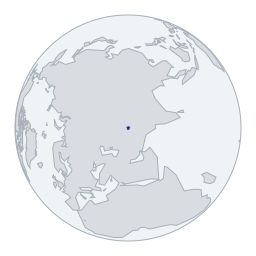 Parwan on an orthographic globe, rotated 277°
{"feature_id": "AFG-1772", "entity_name": "Parwan", "entity_type": "Province", "adm_level": 1, "iso_a3": "AFG", "parent_name": "Afghanistan", "parent_adm1": "", "projection": "orthographic", "projection_center": [68.914, 35.004], "detail": "fine", "context": "on_globe", "style": "filled", "palette": "blue", "viewbox_px": 256, "rotation_deg": 277, "n_neighbors": 0, "source": "natural_earth", "source_scale": "10m", "svg_char_len": 10948}
<svg xmlns="http://www.w3.org/2000/svg" viewBox="0 0 256 256"><g transform="rotate(277 128 128)"><circle cx="128" cy="128" r="113" fill="#eef3f6" stroke="#a8b0b8"/><path d="M149.3,17.4L151.2,18.2L160.2,22.0L165.6,23.6L162.4,23.1L174.3,27.0L180.8,30.7L171.9,26.3L169.8,25.8L173.4,28.0L172.0,28.0L173.0,29.1L171.0,29.0L166.0,26.8L164.6,26.7L167.2,28.3L166.9,29.4L163.2,27.0L162.3,28.8L153.7,26.1L145.4,20.9L139.0,20.4L126.3,18.0L125.9,18.6L120.8,18.4L118.5,19.2L116.8,18.8L116.3,19.7L118.3,20.0L118.8,20.5L117.6,21.1L115.2,20.6L115.5,20.2L114.2,20.4L113.5,20.0L113.1,20.5L110.4,20.0L111.3,21.3L107.6,21.7L106.3,21.2L108.8,20.1L112.1,17.3L111.6,17.0L108.3,17.3L97.0,19.9L95.4,20.2L91.5,21.5L91.2,21.6L94.2,20.8L92.8,21.7L96.6,20.9L96.6,21.2L99.5,21.1L96.5,22.4L91.9,23.8L89.3,24.1L87.2,24.9L87.6,25.8L80.7,27.8L72.6,32.1L71.1,32.6L72.0,31.1L77.3,27.7L78.3,26.9L85.7,23.6L93.3,20.8L101.1,18.6L109.0,17.0L117.0,15.9L125.1,15.4L133.2,15.5L141.3,16.1L149.3,17.4ZM77.9,27.1L75.1,28.8L71.4,30.7L69.7,31.7L68.3,32.6L68.7,32.5L66.9,33.6L68.8,32.2L70.8,31.0L70.4,31.2L71.8,30.4L77.9,27.1ZM152.8,18.1L153.1,18.2L151.3,17.8L151.5,17.8L152.8,18.1ZM169.8,25.0L167.7,24.0L170.2,25.1L169.8,25.0ZM173.5,29.3L174.5,29.7L174.6,30.1L173.5,29.3ZM101.0,20.5L100.3,20.8L100.1,20.6L101.0,20.5ZM103.0,20.2L103.3,19.8L104.3,19.6L104.1,19.8L103.0,20.2ZM171.6,30.4L171.4,31.2L170.7,30.0L171.6,30.4ZM102.3,20.7L106.0,19.3L107.7,19.1L108.3,19.9L102.3,20.7ZM170.7,31.4L170.2,33.7L172.4,34.6L165.7,33.5L168.4,31.8L167.2,30.1L169.1,31.2L170.7,31.4ZM119.5,19.8L117.3,19.6L120.2,19.3L119.5,19.8ZM121.2,19.6L129.6,18.5L132.2,19.3L128.9,19.4L133.2,20.2L130.3,21.1L127.3,20.9L126.2,20.1L126.0,21.1L121.2,19.6ZM162.1,32.8L161.2,33.1L161.2,32.3L162.1,32.8ZM119.2,20.7L120.7,20.4L123.0,21.0L120.5,21.9L120.6,21.4L119.2,20.7ZM135.7,20.1L137.0,20.9L135.0,21.8L135.3,22.2L130.5,21.2L135.7,20.1ZM119.4,21.5L119.2,22.3L117.0,22.6L117.9,21.2L119.4,21.5ZM124.7,20.8L125.7,21.2L124.3,21.3L124.7,20.8ZM109.0,24.2L110.7,23.5L112.1,23.8L109.0,24.2ZM119.3,22.6L120.1,22.6L120.8,22.6L120.2,23.2L119.3,22.6ZM129.4,22.0L128.4,22.3L131.3,22.4L130.0,23.2L127.0,22.5L127.7,23.2L127.3,23.4L125.4,22.6L129.4,22.0ZM121.8,24.1L117.6,23.7L114.1,24.8L112.8,24.5L118.6,22.9L121.8,24.1ZM124.1,23.3L122.4,23.7L121.6,23.1L122.3,22.4L124.1,23.3ZM130.1,24.1L133.0,23.0L133.5,23.3L130.1,24.1ZM121.0,24.5L122.0,24.6L120.8,24.7L121.0,24.5ZM127.5,24.3L128.4,23.9L129.0,24.1L127.5,24.3ZM123.3,25.3L121.9,25.1L122.4,24.6L123.3,25.3ZM125.4,24.9L126.0,25.4L123.3,24.5L125.7,24.7L125.4,24.9ZM127.9,24.6L128.6,24.6L127.4,24.8L127.9,24.6ZM122.5,27.5L119.1,26.5L120.0,25.3L123.2,26.4L122.5,27.5ZM17.7,127.4L19.3,108.3L21.3,104.6L23.7,97.9L39.8,87.8L40.9,92.0L50.9,98.2L51.8,100.1L48.1,104.7L53.7,117.5L58.4,114.7L65.9,123.1L72.4,125.8L79.1,116.5L68.4,111.9L69.0,106.0L79.5,105.4L89.3,109.8L89.8,107.7L85.7,101.0L90.0,98.3L84.5,98.4L85.2,101.1L81.8,101.3L80.9,98.9L82.5,98.0L80.2,95.9L73.3,101.4L73.3,104.7L65.9,102.5L65.1,107.9L62.3,109.1L62.6,100.4L64.2,98.0L63.0,87.3L60.7,89.5L61.6,99.9L60.4,98.4L57.3,102.0L58.7,98.1L58.2,86.6L52.9,84.3L42.5,89.7L40.2,88.0L39.9,83.6L47.4,74.6L51.7,79.5L54.4,76.9L56.7,70.8L57.8,73.0L59.3,71.2L61.2,73.0L67.1,71.1L69.6,72.5L74.8,67.9L76.8,68.1L73.1,70.7L71.9,73.5L78.4,77.5L80.5,77.1L83.4,73.8L84.8,75.6L86.8,71.9L92.0,72.9L87.3,68.8L90.6,65.4L95.4,64.0L95.6,62.3L87.9,64.6L85.6,66.2L84.9,68.7L77.8,73.1L74.9,72.6L79.2,65.6L75.6,64.4L80.5,59.9L98.3,55.8L104.3,56.5L107.8,64.7L104.7,66.4L101.9,64.1L101.8,69.4L103.1,67.4L104.3,68.9L107.7,66.4L108.7,67.4L110.3,63.4L111.9,64.4L110.9,66.9L117.4,64.4L121.5,65.9L122.5,64.9L122.4,63.4L127.7,66.5L128.2,65.6L126.6,64.3L126.6,61.7L128.6,58.6L130.3,59.8L129.8,61.1L131.4,65.9L129.9,69.4L130.8,69.7L132.6,66.9L130.6,61.0L131.3,58.8L132.7,61.4L132.3,60.3L133.2,59.6L135.7,60.1L134.4,57.3L141.9,49.1L147.5,49.7L147.9,52.6L155.0,49.2L160.8,50.7L159.4,49.4L161.8,47.2L160.0,46.6L159.5,45.9L164.9,40.8L167.5,40.8L168.2,37.7L167.5,37.1L165.6,36.8L165.7,33.5L172.4,34.6L173.8,35.9L177.1,35.9L179.7,39.0L183.4,41.8L184.4,45.6L187.2,47.7L188.2,47.5L192.7,50.5L198.8,57.8L189.6,52.7L179.7,43.2L183.4,47.0L181.3,46.5L181.8,48.1L184.5,51.0L185.6,51.0L183.5,58.4L187.5,67.7L190.3,65.5L193.8,67.0L200.8,77.1L201.9,94.9L206.6,98.2L208.0,101.3L206.5,104.5L204.4,100.0L201.3,99.6L200.3,96.8L197.2,100.9L195.7,97.1L194.0,102.4L196.5,104.9L199.8,102.4L199.0,109.1L204.5,112.6L207.0,118.8L203.9,132.9L198.0,139.1L198.0,141.3L194.7,140.1L191.8,145.4L199.0,154.4L199.3,157.6L193.8,165.7L193.5,163.5L184.7,160.4L184.1,168.2L190.8,172.4L193.1,178.6L188.4,178.0L185.9,172.5L182.8,171.2L183.0,164.6L179.0,155.6L174.2,158.7L173.9,154.6L167.8,147.3L160.5,151.3L149.4,163.6L149.0,173.8L144.7,178.5L136.7,164.5L134.8,154.5L130.9,155.5L123.5,146.7L107.7,145.0L106.4,142.1L103.3,142.9L98.2,139.4L96.6,134.6L93.1,134.2L97.7,146.8L101.6,147.3L106.1,143.5L106.5,147.7L111.5,152.0L102.6,160.6L80.8,164.8L80.3,156.8L72.0,131.7L73.2,129.5L73.2,129.2L73.2,128.7L70.8,132.1L69.9,127.1L72.6,144.2L72.3,150.8L80.5,165.1L79.3,166.0L82.4,169.2L94.3,168.9L94.0,171.4L87.4,181.3L72.4,191.5L75.3,201.1L75.8,208.0L68.5,209.6L71.3,214.9L67.9,214.9L69.1,217.5L67.5,218.8L64.1,218.6L56.0,213.8L53.8,211.3L47.2,204.1L37.2,187.9L37.5,183.2L36.0,177.8L30.4,162.0L31.5,156.2L30.4,152.1L27.9,150.4L26.9,145.5L25.5,143.8L18.6,135.6L17.7,127.4ZM31.6,95.7L30.6,97.5L31.6,95.7ZM97.9,119.9L104.8,121.9L104.5,114.6L107.2,114.8L106.1,112.4L104.5,114.1L102.3,107.4L106.3,106.2L106.9,103.2L104.6,102.4L97.7,105.8L100.7,115.1L97.9,117.5L97.9,119.9ZM71.2,30.8L71.0,31.0L69.4,32.0L69.6,31.7L71.2,30.8ZM65.2,35.8L62.4,37.4L64.6,35.9L64.4,35.8L68.8,32.7L70.6,32.8L69.0,33.2L65.2,35.8ZM75.1,29.0L72.1,30.7L75.3,28.8L75.1,29.0ZM65.4,60.9L65.0,62.8L62.8,64.2L59.7,63.2L62.9,61.0L65.4,60.9ZM65.1,65.2L70.1,59.0L72.3,59.7L70.2,60.3L71.1,61.3L68.0,62.7L65.1,69.7L62.9,71.5L58.4,68.1L61.1,68.1L61.3,66.1L65.1,65.2ZM79.3,44.5L81.6,42.5L83.3,46.4L81.0,47.8L77.8,46.7L78.6,44.3L79.3,44.5ZM102.7,22.7L103.4,22.2L104.1,22.2L104.0,22.7L102.7,22.7ZM109.7,23.9L100.1,25.3L100.5,24.7L94.5,26.6L93.1,25.8L97.0,24.5L91.5,25.6L94.5,24.1L90.6,25.1L99.5,22.3L102.0,21.3L99.8,22.7L101.0,23.3L102.2,23.3L107.7,22.6L113.6,21.0L115.8,21.7L115.7,22.6L114.6,23.1L113.5,22.5L112.8,23.6L110.5,23.0L109.7,23.9ZM113.7,36.5L113.0,34.9L111.1,38.3L108.8,37.3L108.7,37.7L106.0,37.8L102.7,38.8L102.0,38.1L100.9,38.8L99.1,38.9L97.5,39.7L95.7,38.8L93.5,39.7L93.9,38.8L90.7,40.7L92.2,38.9L90.1,39.2L89.7,40.7L83.7,35.5L80.0,35.0L76.0,35.8L79.2,33.0L84.9,30.8L91.3,29.4L94.5,30.3L95.3,29.1L97.1,29.2L95.6,30.1L98.9,28.8L99.9,29.3L105.7,28.8L109.6,27.0L111.8,26.9L110.8,27.9L113.7,27.2L113.2,29.0L114.8,29.0L115.9,31.0L113.0,33.0L115.0,32.9L115.9,34.6L113.7,36.5ZM122.7,28.1L119.8,30.4L117.1,31.1L116.3,27.4L114.9,27.1L114.3,25.1L118.3,24.2L118.1,24.9L118.8,25.3L117.3,25.4L119.1,25.7L118.9,26.6L120.2,27.1L118.9,27.7L122.7,28.1ZM54.2,99.2L55.2,100.2L57.0,101.2L55.0,103.6L54.2,99.2ZM53.8,91.4L54.8,91.7L53.0,95.3L52.0,94.4L53.8,91.4ZM57.0,89.0L55.0,91.5L55.5,89.6L57.0,89.0ZM74.3,71.0L75.6,71.3L75.1,72.2L73.7,73.0L74.3,71.0ZM107.8,47.3L107.8,46.0L108.6,45.9L110.8,43.3L112.7,44.0L112.1,45.8L107.8,47.3ZM76.4,117.5L73.6,118.7L73.0,117.4L74.1,117.2L76.4,117.5ZM63.1,111.1L65.4,113.9L62.5,111.7L63.1,111.1ZM110.3,47.6L110.9,46.5L111.5,47.5L110.3,47.6ZM114.2,44.4L115.1,45.5L113.2,43.8L114.2,44.4ZM128.0,239.9L129.7,240.1L127.8,240.2L128.0,239.9ZM93.6,211.4L90.0,221.3L85.1,220.1L82.8,216.6L83.2,210.2L88.6,209.5L90.8,206.7L93.6,211.4ZM213.2,184.2L215.3,183.3L215.1,183.7L213.2,184.2ZM211.0,184.2L213.6,182.8L210.4,185.3L211.0,184.2ZM214.5,182.3L217.1,180.0L218.2,178.6L217.9,179.6L214.5,182.3ZM209.2,185.2L198.8,190.0L194.4,190.6L195.6,188.7L202.7,186.2L209.2,185.2ZM195.3,188.8L188.4,186.9L177.8,176.8L181.6,176.1L192.5,180.8L191.8,182.4L196.0,184.3L195.3,188.8ZM211.2,173.9L210.5,178.2L204.9,180.6L202.3,181.2L200.5,176.8L201.5,173.7L203.7,172.8L211.4,159.6L214.2,160.4L212.1,165.6L214.4,168.0L211.2,173.9ZM149.6,174.7L152.6,180.2L150.2,181.4L149.6,174.7ZM213.8,151.3L211.2,157.1L213.3,150.0L213.8,151.3ZM214.6,145.0L215.2,147.1L213.6,145.7L214.6,145.0ZM198.6,144.3L196.3,145.8L195.9,144.3L198.6,141.5L198.6,144.3ZM208.9,124.1L210.1,128.7L210.1,130.5L208.5,128.2L208.9,124.1ZM127.7,53.8L122.5,56.4L120.0,59.1L120.7,61.8L117.6,59.3L121.3,55.0L127.7,53.8ZM140.0,49.4L139.4,47.3L141.1,47.7L141.5,48.2L140.0,49.4ZM138.6,48.5L135.2,47.1L135.8,45.6L138.4,47.0L138.6,48.5ZM122.6,46.9L120.9,47.6L120.5,46.6L122.6,46.9ZM213.7,201.1L213.1,201.7L197.7,215.6L195.1,216.9L197.6,214.5L198.8,210.0L199.8,209.6L201.4,205.6L211.5,196.6L219.3,185.0L222.9,182.4L226.9,174.2L229.9,171.1L227.8,176.7L229.6,175.8L234.2,163.0L232.4,170.2L228.7,178.5L224.3,186.4L219.3,193.9L213.7,201.1ZM218.3,181.3L221.5,176.3L222.9,174.9L218.3,181.3ZM237.4,152.1L237.6,154.0L236.8,156.4L236.2,155.9L234.7,160.8L231.8,164.7L232.8,161.9L232.7,159.7L229.0,162.8L228.3,161.8L229.8,159.1L227.1,160.2L230.1,156.5L231.2,159.1L232.8,154.4L235.1,152.0L236.9,150.2L237.8,150.3L237.4,152.1ZM229.7,164.8L230.1,164.3L229.6,165.9L229.7,164.8ZM239.8,141.9L239.9,141.2L239.8,141.4L239.8,141.9ZM238.2,149.1L239.4,143.0L239.6,142.3L238.7,147.8L238.2,149.1ZM239.3,141.7L239.7,140.7L239.7,141.7L239.6,142.5L239.3,141.7ZM223.5,167.1L223.3,168.3L222.4,168.2L223.5,167.1ZM224.7,165.6L227.2,164.6L224.4,166.7L224.7,165.6ZM215.9,168.0L216.8,170.0L219.6,166.6L217.4,170.3L219.1,173.2L218.4,175.1L216.7,171.9L215.8,176.9L214.5,177.6L214.0,174.1L215.4,168.5L216.7,165.7L221.7,161.5L215.9,168.0ZM224.7,162.5L224.0,160.1L224.5,157.7L225.3,158.7L224.7,162.5ZM221.5,154.5L219.1,152.4L217.3,155.0L220.6,147.5L222.4,150.8L221.5,154.5ZM218.9,147.9L217.2,150.3L218.7,146.2L218.9,147.9ZM216.6,149.4L216.0,147.1L217.5,146.5L216.6,149.4ZM219.8,147.4L219.5,143.0L220.6,145.0L219.8,147.4ZM214.4,141.8L218.2,144.0L213.8,144.8L211.9,136.6L213.7,135.4L214.4,141.8ZM213.3,101.9L211.9,99.8L213.0,98.2L213.6,100.1L213.3,101.9ZM215.3,91.8L212.8,97.1L210.6,101.7L212.1,102.0L213.0,106.6L209.9,103.9L210.3,97.8L212.2,95.1L211.0,91.5L211.4,87.9L208.9,84.0L208.6,81.6L211.5,84.4L215.3,91.8ZM207.7,82.5L203.5,75.3L206.2,74.3L207.8,75.6L208.6,79.3L207.1,79.6L207.7,82.5ZM203.2,73.4L201.7,73.7L192.3,65.5L191.0,63.6L199.7,68.8L198.7,69.5L200.5,71.8L203.2,73.4ZM162.3,33.6L161.3,33.1L162.5,33.2L162.3,33.6ZM158.5,45.6L158.0,44.6L159.4,44.6L158.5,45.6ZM157.3,41.8L156.1,42.5L156.7,41.2L157.3,41.8ZM153.5,44.2L155.3,42.5L154.6,44.9L153.5,44.2Z" fill="#d9dde1" stroke="#a8b0b8" stroke-width="1"/><path d="M128.2,128.2L128.0,128.3L128.0,128.5L127.9,128.6L127.9,128.8L127.8,128.7L127.7,128.7L127.4,128.6L127.2,128.7L127.0,128.4L126.9,128.4L126.9,128.2L126.9,127.9L127.0,127.9L127.3,127.9L127.5,127.9L127.6,127.7L127.8,127.6L128.0,127.5L128.1,127.4L128.3,127.3L128.4,127.2L128.5,127.2L128.6,127.3L128.5,127.6L128.6,127.8L128.6,128.0L128.8,128.0L129.0,128.2L129.1,128.3L129.1,128.5L129.0,128.8L128.9,128.8L128.8,128.7L128.7,128.5L128.6,128.4L128.5,128.2L128.4,128.2L128.4,128.3L128.3,128.2L128.2,128.2Z" fill="#3b82f6" stroke="#1e3a8a" stroke-width="1.5"/></g></svg>